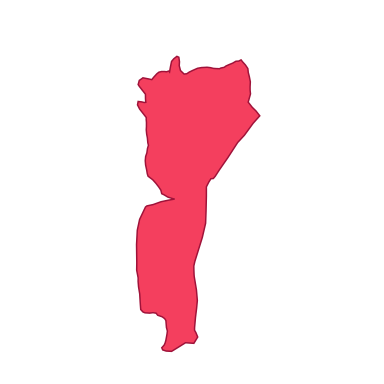 outline of Dokan, As-Sulaymaniyah, Iraq, rotated 232°
{"feature_id": "34846034B72694577895124", "entity_name": "Dokan", "entity_type": "district", "adm_level": 2, "iso_a3": "IRQ", "parent_name": "Iraq", "parent_adm1": "As-Sulaymaniyah", "projection": "albers", "projection_center": [45.03, 35.922], "detail": "fine", "context": "isolated", "style": "filled", "palette": "rose", "viewbox_px": 384, "rotation_deg": 232, "n_neighbors": 0, "source": "geoboundaries", "source_scale": "gbopen_adm2", "svg_char_len": 2105}
<svg xmlns="http://www.w3.org/2000/svg" viewBox="0 0 384 384"><g transform="rotate(232 192 192)"><path d="M307.5,256.3L304.0,252.2L300.4,248.2L301.6,248.2L302.5,245.8L303.7,244.7L305.6,242.3L306.8,239.7L306.8,237.1L306.0,232.4L305.3,229.5L308.2,227.1L309.8,225.7L312.2,223.6L312.2,222.5L312.4,219.2L312.2,218.9L309.8,215.7L307.4,215.5L303.6,215.5L297.7,215.5L293.9,212.6L291.1,210.8L292.0,209.4L293.9,207.9L296.5,205.3L294.2,202.7L289.7,201.8L284.0,201.8L278.8,201.8L277.4,200.6L274.8,198.9L271.5,196.3L269.1,194.2L265.5,191.9L262.2,190.2L258.0,187.5L255.6,186.4L253.7,183.7L250.6,180.5L248.5,177.3L245.4,174.4L241.9,172.1L237.2,169.8L233.9,168.0L231.5,167.1L225.8,168.6L221.3,168.9L216.6,168.9L212.6,168.6L209.3,167.1L206.9,168.3L202.9,169.8L198.7,172.7L197.1,174.0L200.1,168.3L203.4,161.6L206.0,153.7L208.8,147.9L208.8,146.1L202.7,133.9L195.6,125.4L188.8,119.5L184.8,116.0L170.2,104.9L164.5,100.3L157.5,96.7L154.6,94.4L150.2,91.5L143.8,88.0L137.0,83.3L133.9,81.2L130.9,79.2L127.6,79.5L125.7,80.6L122.6,84.1L120.9,87.0L118.6,89.1L116.0,89.1L112.0,91.7L109.1,92.5L106.8,92.3L100.9,88.4L97.6,87.0L95.5,84.9L91.3,80.2L89.6,77.9L88.5,75.8L87.9,72.3L85.6,71.7L82.6,73.7L79.0,77.8L78.3,83.9L77.2,94.1L71.6,100.3L74.2,107.2L78.8,108.5L81.5,108.9L83.5,110.5L91.0,117.5L97.6,124.1L103.2,129.4L112.1,135.2L124.0,141.7L125.4,142.6L129.3,145.4L132.6,147.9L135.6,151.6L149.8,172.1L159.0,183.5L168.3,191.3L179.9,200.8L187.2,206.5L189.5,211.4L190.8,215.1L189.5,217.1L190.1,220.0L192.5,226.9L197.0,241.4L202.9,258.5L203.9,264.7L204.5,268.3L208.5,282.4L210.3,292.3L216.5,292.3L221.8,291.6L228.2,291.6L231.9,296.6L233.3,298.5L236.5,300.5L239.1,302.5L242.9,305.8L247.4,308.1L251.7,310.0L252.6,310.6L254.9,312.0L259.2,312.3L263.5,312.0L265.9,312.0L266.4,309.4L268.0,307.1L268.5,303.4L269.6,299.5L270.4,296.2L270.4,294.2L272.0,290.9L272.2,289.6L273.3,288.3L274.4,287.0L276.2,285.0L278.6,283.1L281.0,280.7L284.2,276.1L286.1,272.5L287.4,267.3L288.2,263.6L288.4,260.7L289.8,258.4L294.8,257.7L299.4,259.7L302.3,262.3L306.3,264.6L308.2,263.6L308.2,259.7L307.5,256.3Z" fill="#f43f5e" stroke="#9f1239" stroke-width="1.5"/></g></svg>